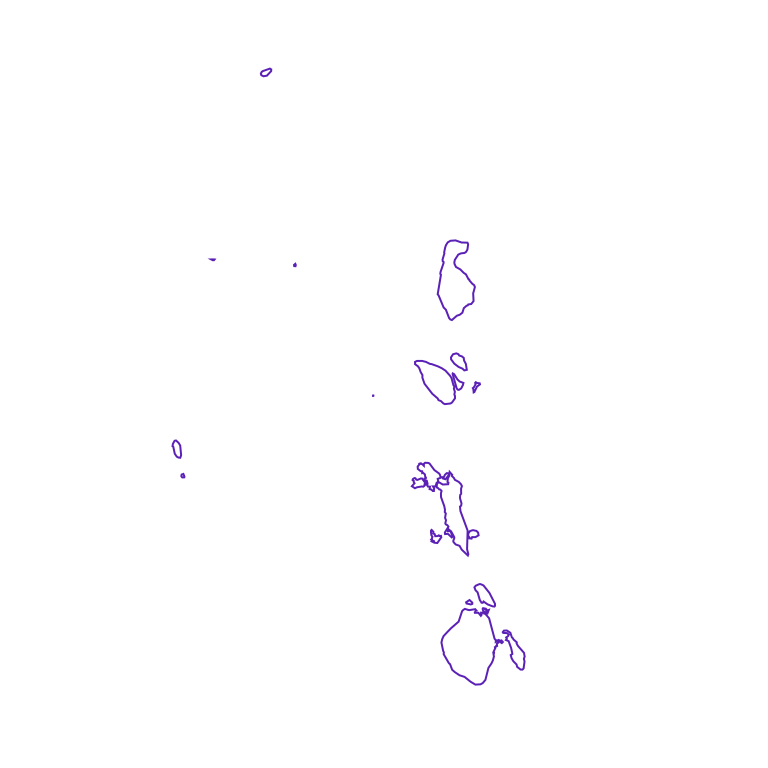 Wakatobi, Sulawesi Tenggara, Indonesia (Albers equal-area conic projection), rotated 212°
{"feature_id": "22746128B42553963392557", "entity_name": "Wakatobi", "entity_type": "district", "adm_level": 2, "iso_a3": "IDN", "parent_name": "Indonesia", "parent_adm1": "Sulawesi Tenggara", "projection": "albers", "projection_center": [123.878, -5.686], "detail": "fine", "context": "isolated", "style": "outline", "palette": "violet", "viewbox_px": 768, "rotation_deg": 212, "n_neighbors": 0, "source": "geoboundaries", "source_scale": "gbopen_adm2", "svg_char_len": 6189}
<svg xmlns="http://www.w3.org/2000/svg" viewBox="0 0 768 768"><g transform="rotate(212 384 384)"><path d="M171.3,177.2L165.7,177.0L160.5,178.3L152.8,177.4L147.2,177.5L143.1,180.4L141.8,182.6L141.2,186.8L145.0,198.6L144.8,204.0L145.2,207.3L146.4,211.2L148.6,213.7L148.1,214.0L148.4,214.7L149.2,215.0L149.6,218.5L150.3,219.4L149.8,219.6L150.2,220.9L149.3,221.8L150.7,223.5L150.1,225.0L151.7,226.1L152.6,224.6L153.1,225.6L152.7,226.3L153.4,225.9L155.3,226.6L170.7,241.0L176.6,242.9L177.3,242.3L178.5,242.7L179.5,241.7L180.5,241.6L180.4,240.5L179.6,240.9L178.9,239.9L179.0,238.7L182.7,240.0L186.4,237.7L185.8,238.5L186.2,240.6L185.8,240.9L187.3,241.4L192.0,237.3L196.3,236.1L197.1,234.2L197.4,232.8L194.8,222.0L197.8,212.2L199.2,205.4L199.9,201.7L199.4,198.4L198.3,195.2L192.5,189.1L191.0,188.1L190.2,186.5L181.0,181.6L179.5,181.4L174.8,177.8L171.3,177.2ZM355.5,494.0L354.6,495.2L354.7,496.1L352.4,498.1L352.0,501.8L356.4,508.1L358.3,514.4L359.9,515.6L362.2,515.8L366.5,517.1L367.1,517.8L368.0,517.7L372.6,520.4L375.3,520.5L380.0,521.6L385.0,521.4L387.8,523.2L388.8,524.4L389.7,526.8L389.6,533.1L388.1,535.4L385.1,537.9L384.4,539.5L384.5,542.2L386.7,547.1L388.1,548.1L393.2,545.1L399.4,543.7L403.5,540.7L405.0,537.9L405.0,534.4L404.4,532.0L402.7,527.4L402.0,526.8L400.3,520.6L399.2,519.2L398.2,519.1L397.6,518.3L395.4,508.9L394.6,507.2L393.6,506.8L386.0,488.5L384.7,488.1L374.0,480.5L370.9,479.8L363.7,474.4L362.0,473.9L360.3,474.2L358.4,480.5L356.5,482.8L355.3,486.0L356.5,490.6L355.5,494.0ZM230.3,284.7L222.0,283.0L222.3,284.4L226.0,287.9L235.4,304.0L251.8,316.7L254.6,320.3L254.1,321.7L255.0,323.8L259.2,327.6L260.6,330.3L260.4,331.8L263.2,336.1L263.8,338.7L265.6,339.8L268.7,340.6L273.2,340.3L274.7,341.3L277.8,342.0L278.0,343.1L281.7,344.2L280.1,340.9L279.8,337.8L278.3,334.6L277.0,334.4L276.5,333.0L280.9,329.9L285.8,329.8L286.1,327.3L284.6,324.2L283.2,324.4L281.3,323.9L280.3,324.3L278.5,323.8L277.8,321.5L275.7,318.3L268.1,312.3L265.6,309.6L264.6,307.6L263.0,307.0L261.3,302.9L259.2,301.3L258.2,298.4L257.3,297.7L255.5,297.9L253.8,297.2L253.7,296.2L252.6,295.0L249.0,294.6L243.5,291.5L242.8,290.8L242.1,287.6L241.3,286.8L238.2,285.9L234.2,286.8L230.3,284.7ZM323.5,399.0L321.7,399.2L317.3,402.7L316.5,404.4L316.2,409.5L317.6,411.6L318.7,412.3L319.8,415.0L322.3,417.1L322.9,419.2L324.4,419.7L329.9,424.8L332.3,426.0L338.9,427.9L343.5,428.0L347.8,427.5L354.2,426.1L355.7,425.4L360.1,425.0L363.8,423.8L368.2,421.1L369.4,419.2L368.2,417.3L364.6,417.0L362.3,416.0L359.3,413.6L356.1,411.9L354.8,409.7L349.8,405.7L337.9,401.3L330.8,400.2L329.2,399.2L326.7,399.7L323.5,399.0ZM123.0,216.4L121.2,214.7L116.9,214.2L115.2,215.2L114.9,216.8L117.8,223.2L119.7,225.0L120.3,227.4L122.8,230.2L131.7,232.9L134.0,234.2L134.5,235.3L138.9,236.0L140.0,236.7L141.3,236.9L145.0,240.0L149.1,240.1L151.6,238.4L151.8,236.5L151.0,236.1L147.7,237.9L145.3,237.6L145.2,235.8L146.1,233.8L144.8,233.0L144.9,231.5L142.1,232.0L136.3,227.5L132.6,223.7L132.1,223.0L132.9,221.3L130.4,219.0L127.3,217.4L123.0,216.4ZM289.6,319.0L287.9,319.6L285.9,319.1L285.0,319.7L286.2,322.1L288.2,323.1L286.8,323.9L286.2,325.2L287.0,327.9L286.4,330.2L288.2,332.0L286.5,334.2L286.6,335.0L288.5,336.7L289.8,337.3L295.7,337.7L303.3,340.7L304.7,340.5L307.4,339.0L307.9,337.4L306.9,335.8L309.3,336.3L310.8,335.6L311.0,336.0L311.8,335.1L311.4,334.7L311.7,331.8L310.3,329.9L306.7,329.5L305.4,330.2L304.4,328.7L303.8,329.4L301.4,329.0L300.0,327.3L298.8,326.8L298.6,326.3L299.2,326.2L299.3,325.5L298.8,324.4L297.8,323.8L296.4,324.6L294.2,322.5L293.7,321.0L292.4,320.3L290.6,321.3L289.6,319.0ZM188.3,251.6L185.4,250.2L184.3,250.8L184.3,252.3L179.4,252.0L174.1,253.0L172.4,253.8L172.3,254.8L173.5,256.5L183.9,262.7L192.9,265.9L195.9,265.5L197.1,264.8L199.3,261.6L199.6,259.5L197.1,257.6L194.2,256.9L188.3,251.6ZM335.1,438.5L329.7,438.0L325.6,438.6L323.1,438.1L321.3,439.9L325.2,444.4L328.6,446.4L330.2,448.4L332.7,448.7L335.3,448.0L336.7,448.7L338.9,448.3L341.2,445.8L341.3,442.1L340.2,440.5L335.1,438.5ZM529.5,219.2L524.5,214.0L521.3,212.6L519.3,212.7L517.7,213.5L518.3,216.1L524.2,223.8L526.9,225.2L530.4,225.9L531.5,224.9L531.3,221.4L530.4,219.2L529.5,219.2ZM305.5,316.0L306.2,312.1L302.5,312.0L301.4,313.8L297.7,317.1L296.3,317.7L295.8,318.9L296.4,320.4L295.4,320.6L295.1,321.9L296.1,322.4L296.4,321.9L300.5,323.5L301.1,324.2L302.6,323.5L304.9,320.3L305.9,320.0L307.4,320.7L308.3,320.4L309.1,318.8L308.9,317.7L307.4,317.6L307.0,316.7L305.5,316.0ZM331.2,428.9L319.9,418.7L318.6,418.3L317.4,418.7L316.2,421.1L316.5,424.9L317.2,427.0L321.2,426.2L324.2,426.8L329.7,429.5L331.3,429.4L331.2,428.9ZM260.1,276.3L260.2,275.8L259.1,275.9L259.4,277.1L258.5,277.3L257.2,276.1L254.5,277.4L254.2,284.4L255.2,285.4L256.4,284.4L257.3,284.7L258.0,283.4L259.9,282.1L261.5,283.6L263.1,283.3L263.7,284.8L266.3,285.5L266.5,284.7L265.4,282.9L263.6,280.8L261.9,280.1L261.7,278.7L260.8,277.5L261.4,277.0L260.1,276.3ZM231.1,307.2L233.1,304.9L233.3,301.9L232.1,299.8L230.0,299.1L229.7,298.4L227.8,299.3L228.1,300.9L225.3,302.6L223.6,305.8L225.5,307.9L227.8,308.4L231.1,307.2ZM647.9,591.0L652.6,585.1L653.1,583.8L652.9,581.9L651.7,580.9L649.3,581.1L646.7,583.4L645.5,589.5L646.3,591.0L647.9,591.0ZM253.7,290.3L252.7,289.1L250.4,290.8L245.2,289.8L244.8,291.1L249.9,294.5L251.8,293.0L253.7,295.0L253.7,290.3ZM307.3,433.3L306.2,432.3L306.0,428.8L306.5,427.6L305.3,426.8L303.5,424.4L303.1,425.0L303.8,431.1L302.4,434.5L303.2,435.3L306.0,434.0L307.1,434.2L307.3,433.3ZM284.0,335.1L281.4,335.8L280.9,340.4L281.1,341.4L282.1,342.4L283.6,341.6L284.2,339.2L283.9,336.8L285.6,335.6L284.0,335.1ZM197.0,246.1L198.7,242.4L197.7,241.6L193.5,243.1L192.6,244.3L193.3,245.4L197.0,246.1ZM181.2,245.6L179.2,243.6L176.7,244.5L174.7,244.4L175.4,247.9L176.0,247.1L176.9,247.0L176.6,246.4L177.7,247.0L177.7,246.4L178.8,246.3L179.4,247.1L181.2,246.4L181.2,245.6ZM507.6,200.0L507.1,198.5L506.4,198.1L505.5,197.9L503.9,199.0L504.3,199.9L506.5,201.4L507.6,200.0ZM150.7,226.7L146.8,226.7L146.5,228.2L148.5,228.8L149.3,227.9L150.9,227.7L150.7,226.7ZM522.9,438.9L523.4,437.3L522.6,436.4L521.5,437.0L521.9,438.2L522.9,438.9ZM593.7,399.8L594.7,399.3L596.5,398.1L594.9,398.2L593.8,398.9L593.7,399.8ZM387.3,369.4L387.1,368.1L386.4,367.5L387.3,369.4Z" fill="none" stroke="#5b21b6" stroke-width="2"/></g></svg>